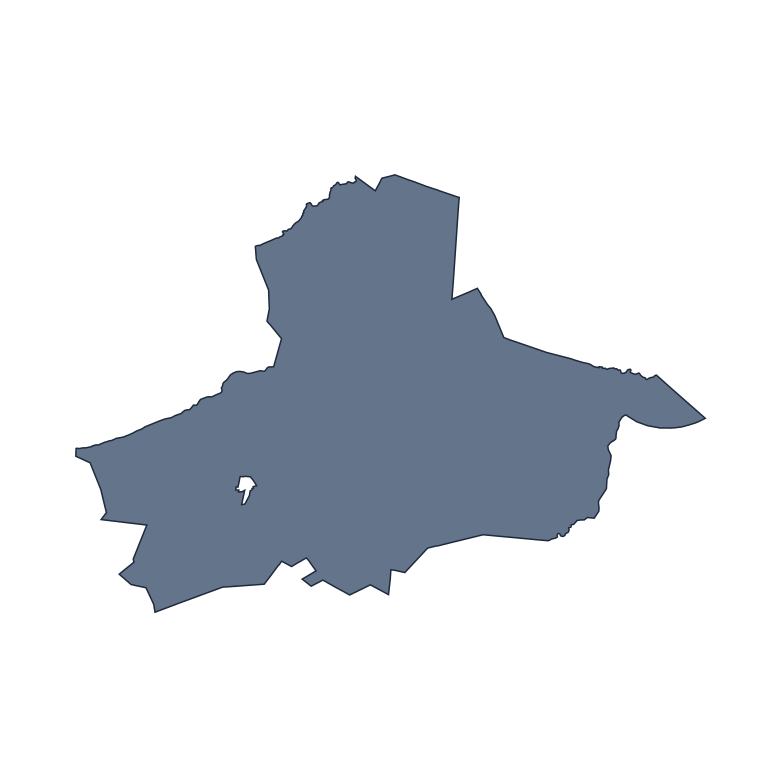 the district of Gwanda, Matabeleland South, Zimbabwe, rotated 263°
{"feature_id": "62879985B81037274427079", "entity_name": "Gwanda", "entity_type": "district", "adm_level": 2, "iso_a3": "ZWE", "parent_name": "Zimbabwe", "parent_adm1": "Matabeleland South", "projection": "equal_earth", "projection_center": [29.396, -21.277], "detail": "fine", "context": "isolated", "style": "filled", "palette": "slate", "viewbox_px": 768, "rotation_deg": 263, "n_neighbors": 0, "source": "geoboundaries", "source_scale": "gbopen_adm2", "svg_char_len": 6077}
<svg xmlns="http://www.w3.org/2000/svg" viewBox="0 0 768 768"><g transform="rotate(263 384 384)"><path d="M593.6,381.0L591.9,380.5L591.5,380.4L589.7,381.2L589.4,381.3L588.7,381.2L588.3,380.4L588.0,379.2L587.1,378.4L587.2,377.6L588.0,375.6L588.3,374.8L589.0,373.6L589.0,373.0L588.7,372.4L587.8,371.5L587.4,370.8L587.2,368.5L587.3,366.8L587.1,365.6L587.0,364.5L587.9,364.0L589.2,363.5L589.4,363.3L589.8,362.7L589.8,362.4L589.5,361.8L588.3,360.8L587.6,360.1L587.4,359.7L587.1,358.6L586.9,358.1L586.1,357.8L585.3,357.0L585.1,356.5L585.1,355.5L584.7,355.1L583.6,355.1L583.2,355.1L580.8,353.8L577.8,352.8L575.6,352.6L575.2,352.2L574.8,351.4L574.4,351.2L574.2,350.8L574.2,349.2L574.3,347.6L573.9,345.9L573.6,345.4L573.1,345.9L572.7,345.6L572.3,344.4L572.2,343.1L572.0,342.4L571.5,341.5L570.6,340.7L570.1,340.6L569.2,339.8L569.0,338.1L569.2,335.3L569.5,334.9L570.4,334.0L571.7,333.7L572.4,333.1L572.9,332.8L573.1,332.5L572.9,331.7L572.5,330.7L572.6,330.3L572.4,329.4L571.6,328.8L570.8,328.9L570.1,328.9L568.0,327.5L565.6,325.4L564.7,325.2L564.2,325.4L563.7,324.6L563.3,324.4L563.1,324.2L562.6,324.0L561.5,324.1L560.7,323.0L560.3,322.6L559.4,322.5L556.2,319.2L555.5,317.7L554.4,315.5L551.6,312.3L550.6,312.0L550.1,311.1L549.4,310.2L549.3,309.7L549.2,307.9L548.0,306.8L547.8,306.1L548.2,303.2L548.1,302.7L547.9,302.1L547.7,301.9L547.2,301.9L545.8,302.5L545.1,302.9L544.9,302.9L544.6,302.6L544.2,301.6L543.9,301.5L543.5,301.6L543.4,301.4L542.7,298.5L542.2,297.8L541.8,297.0L541.8,296.3L542.0,295.6L542.0,295.2L540.3,289.6L538.2,282.0L537.1,278.7L536.8,278.4L536.5,277.8L536.5,277.5L536.9,276.8L536.8,275.1L536.4,273.2L535.9,273.0L535.1,273.0L523.0,272.5L491.3,280.9L472.4,279.3L460.7,275.5L459.1,276.4L457.0,278.0L441.5,287.8L414.6,276.6L414.7,274.0L415.0,272.0L414.8,271.3L414.3,270.1L412.0,268.0L411.7,267.5L411.2,266.5L411.2,266.2L412.2,263.5L412.2,262.2L411.0,253.5L410.9,251.8L410.9,251.4L411.3,249.1L413.1,246.2L413.7,243.7L413.9,243.2L414.1,242.4L414.2,240.9L414.2,239.0L413.1,235.2L412.6,234.7L412.5,234.0L412.0,233.0L410.3,231.3L408.9,230.2L408.2,229.5L406.8,227.8L405.0,225.0L404.0,224.2L401.6,223.4L399.9,222.1L399.3,222.1L398.0,222.5L396.6,222.3L395.7,221.6L395.1,220.8L394.9,220.2L393.7,215.8L392.6,213.0L392.3,211.1L392.6,208.8L392.7,206.9L392.6,206.4L391.1,200.2L390.7,199.6L390.4,199.5L390.0,198.9L386.6,196.3L385.8,195.2L385.8,194.5L386.3,193.1L386.2,192.2L383.8,189.8L382.3,188.0L382.2,187.4L382.3,184.8L382.1,183.2L381.3,181.7L379.1,178.5L379.2,178.0L378.2,173.2L376.5,168.8L376.0,162.4L374.7,156.7L370.6,141.5L369.4,139.3L368.5,136.9L368.6,136.6L367.3,132.1L367.2,132.0L365.7,128.2L364.5,124.2L363.2,119.1L362.9,116.0L362.8,113.0L362.6,111.2L362.2,110.3L361.2,107.0L361.0,104.1L360.3,100.7L360.2,99.6L358.8,94.6L358.5,94.0L358.3,92.7L358.7,90.7L358.0,86.7L357.5,86.0L357.4,85.6L357.0,80.5L357.1,78.8L357.3,77.3L357.1,74.2L357.2,73.1L357.7,71.0L357.7,70.8L357.5,70.5L349.8,69.3L341.6,82.7L313.6,90.1L297.7,91.9L290.2,92.8L283.9,86.7L272.9,131.4L240.9,113.8L237.6,114.0L227.5,98.0L215.7,108.6L215.2,110.7L214.6,111.8L210.8,122.9L193.3,128.6L185.4,128.9L191.4,153.6L202.1,199.2L201.7,204.3L199.9,240.7L206.6,247.3L217.0,257.2L217.2,257.8L220.6,260.8L214.1,270.0L216.4,275.2L216.6,275.4L217.9,278.9L219.7,282.9L220.8,285.8L217.1,288.3L216.8,288.3L206.8,293.8L200.3,279.0L192.2,287.1L196.8,299.4L188.1,311.2L178.8,324.2L186.3,346.0L174.4,362.8L189.9,366.5L198.8,368.2L197.8,372.0L194.3,381.7L215.8,407.3L216.9,416.3L216.7,417.2L218.1,428.5L222.3,464.0L218.4,481.8L217.0,488.4L210.4,518.5L208.4,527.9L209.1,530.2L209.4,530.6L209.8,532.3L210.0,534.8L210.6,536.8L211.0,537.3L211.4,537.5L212.7,537.4L213.3,537.5L214.3,538.4L214.4,539.3L213.5,540.5L212.1,540.6L211.8,540.8L211.0,542.4L211.0,543.6L211.2,544.2L211.8,545.2L213.2,545.9L213.7,546.8L213.8,547.3L214.3,548.6L214.8,549.2L215.4,549.4L216.0,549.5L216.7,550.0L218.7,549.7L219.2,552.1L221.4,552.8L221.6,555.2L225.0,559.1L225.1,562.2L224.7,566.2L226.7,569.5L225.2,576.3L231.5,581.7L234.5,582.3L240.3,582.4L242.5,583.2L252.9,592.0L262.4,593.7L266.6,596.0L271.5,596.3L279.8,599.4L285.1,600.7L291.5,598.6L295.2,598.6L298.2,601.6L299.9,605.3L300.0,605.2L300.1,605.6L301.2,607.3L302.4,607.7L304.8,608.1L308.9,609.1L311.0,610.8L313.9,612.2L317.4,612.5L321.7,615.8L323.2,618.2L323.9,620.1L315.7,630.3L310.4,640.7L307.0,651.8L306.8,652.1L306.0,658.3L305.3,663.6L305.1,667.4L305.1,674.1L306.2,681.8L307.4,688.4L308.5,692.2L310.8,698.7L347.1,666.4L359.6,655.5L359.4,654.0L358.0,652.2L358.0,650.8L357.6,648.1L356.5,645.8L356.5,645.2L356.8,644.6L357.0,644.3L357.6,644.2L357.9,644.3L358.2,644.1L358.5,643.7L358.9,642.3L360.3,640.7L361.9,639.5L363.3,638.9L363.8,638.3L363.8,637.9L363.1,635.6L363.1,634.6L363.4,633.7L363.6,633.1L365.0,630.6L365.5,630.0L366.0,630.0L366.6,630.2L366.8,630.4L367.7,630.8L368.4,630.5L368.7,630.0L368.7,629.3L368.4,627.9L368.0,627.3L366.3,625.8L366.1,625.5L365.5,623.6L365.5,621.9L365.8,621.1L366.3,620.7L368.8,620.3L369.1,620.1L369.2,619.7L369.3,618.2L369.7,617.6L370.0,617.5L370.6,617.0L370.8,616.5L370.9,615.3L371.0,614.9L371.2,614.5L371.8,614.3L371.9,614.1L372.0,609.4L371.7,608.1L371.4,607.7L371.3,607.1L372.7,605.5L372.7,603.8L372.9,603.0L373.1,602.8L373.3,602.8L373.7,603.0L373.9,603.0L374.2,602.7L374.8,600.2L374.8,599.1L374.5,598.9L374.4,599.2L374.0,599.2L374.0,598.8L374.4,598.1L375.7,594.4L378.2,591.3L378.3,590.7L379.1,589.9L380.9,584.5L384.4,576.4L386.1,573.0L395.6,549.0L412.2,514.9L415.5,508.6L438.3,502.3L445.7,499.3L450.4,496.3L460.5,491.3L461.0,491.5L467.6,488.3L465.4,481.2L459.8,461.7L461.3,462.1L462.2,462.2L476.9,465.2L542.6,477.9L543.2,478.0L555.8,480.5L560.0,481.4L561.3,478.4L569.4,461.8L569.8,461.3L572.5,455.4L575.2,449.7L580.6,439.5L583.9,432.7L590.3,420.3L589.8,417.2L588.5,406.9L584.9,404.6L576.8,398.9L593.6,381.0ZM296.4,227.0L296.9,223.9L299.9,224.8L299.5,226.5L304.0,228.1L308.3,229.4L309.7,230.1L309.1,232.9L309.3,234.8L308.1,240.1L303.9,242.7L298.6,245.2L298.0,241.5L296.3,241.6L296.3,240.3L295.4,240.2L294.8,239.8L294.3,238.2L289.5,236.7L281.8,231.3L281.6,228.0L295.5,232.8L294.3,229.8L294.7,226.3L296.4,227.0Z" fill="#64748b" stroke="#1e293b" stroke-width="1.5"/></g></svg>